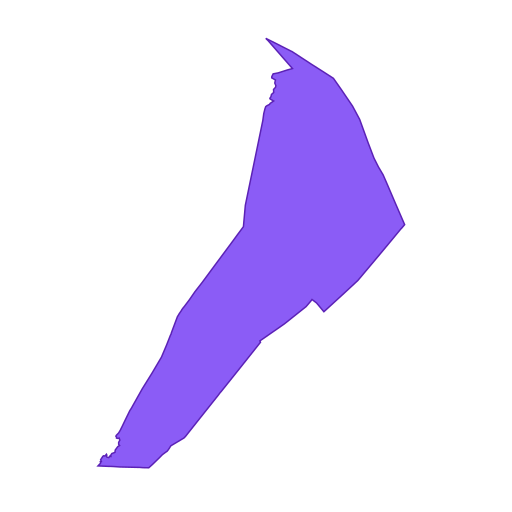 the district of San Andrés Nuxiño, Oaxaca, Mexico, rotated 93°
{"feature_id": "50627088B2434012555400", "entity_name": "San Andrés Nuxiño", "entity_type": "district", "adm_level": 2, "iso_a3": "MEX", "parent_name": "Mexico", "parent_adm1": "Oaxaca", "projection": "orthographic", "projection_center": [-97.045, 17.229], "detail": "fine", "context": "isolated", "style": "filled", "palette": "violet", "viewbox_px": 512, "rotation_deg": 93, "n_neighbors": 0, "source": "geoboundaries", "source_scale": "gbopen_adm2", "svg_char_len": 2156}
<svg xmlns="http://www.w3.org/2000/svg" viewBox="0 0 512 512"><g transform="rotate(93 256 256)"><path d="M216.9,109.2L216.1,109.6L195.0,120.1L177.7,128.6L168.3,133.3L160.8,138.3L152.1,143.3L136.5,150.2L114.2,159.6L101.3,167.4L85.1,179.7L74.5,188.0L68.7,198.1L61.7,210.5L56.7,219.1L49.9,230.8L49.5,231.9L45.0,242.0L38.7,256.3L38.1,257.6L39.1,256.6L40.1,255.4L46.7,249.0L56.2,239.8L66.9,229.4L68.6,234.5L72.0,243.5L73.2,248.4L76.0,249.6L77.3,249.6L79.2,245.8L82.3,246.3L84.8,245.1L86.5,245.3L88.7,247.2L91.8,246.9L93.8,249.0L96.1,249.4L97.8,250.4L98.5,250.1L100.3,246.5L102.9,249.9L103.9,250.4L105.3,252.9L106.3,254.1L108.7,254.8L113.4,255.7L120.5,256.3L205.9,269.3L227.4,270.1L235.5,275.5L237.2,276.6L243.3,280.6L267.4,296.6L285.4,308.5L294.7,315.0L303.6,320.5L310.8,325.4L311.1,325.7L312.8,326.8L313.3,327.2L313.7,327.3L315.1,328.1L315.9,328.6L316.3,328.8L317.5,329.6L318.9,330.3L320.7,331.3L330.2,334.3L337.2,336.5L337.4,336.5L338.6,336.8L338.8,336.9L339.6,337.3L349.5,340.6L353.9,342.2L361.9,345.1L378.2,353.6L394.5,362.6L411.7,371.1L413.1,371.8L413.8,372.1L417.2,374.0L427.1,378.2L433.1,380.7L436.3,382.1L436.5,382.1L437.8,382.8L439.9,383.9L442.4,386.1L443.3,386.5L444.2,385.8L445.1,385.8L445.3,385.3L445.4,384.1L445.0,383.1L447.0,382.3L449.3,383.4L451.3,383.3L452.4,382.3L453.5,384.0L457.1,386.4L459.5,386.6L460.8,389.6L462.5,390.6L463.8,390.4L463.8,391.0L463.4,391.4L465.0,392.5L464.7,394.3L463.5,395.1L462.7,394.5L461.8,395.0L463.3,396.1L463.6,396.8L463.5,397.8L464.3,398.7L465.0,398.9L465.8,399.5L467.6,400.5L469.3,399.7L469.6,400.7L470.6,400.3L470.9,400.4L471.5,400.7L472.2,401.4L472.7,401.8L473.9,402.8L473.8,392.6L473.7,389.8L473.7,386.5L473.8,380.8L473.2,360.8L473.3,357.9L473.1,352.0L469.5,348.4L462.6,342.0L459.3,339.1L456.8,336.1L455.7,334.6L453.9,333.3L450.0,331.1L441.5,318.4L439.9,317.0L424.7,306.2L397.1,286.5L393.8,284.3L393.6,284.0L369.1,266.4L341.9,247.0L340.6,247.7L322.3,224.1L304.6,204.1L304.4,203.9L304.0,203.4L298.3,199.0L296.5,197.8L299.7,193.1L308.1,185.3L307.4,184.6L288.8,166.3L275.1,153.0L262.9,143.8L247.8,132.4L232.4,120.9L221.2,112.6L221.0,112.3L216.9,109.2Z" fill="#8b5cf6" stroke="#5b21b6" stroke-width="1.5"/></g></svg>